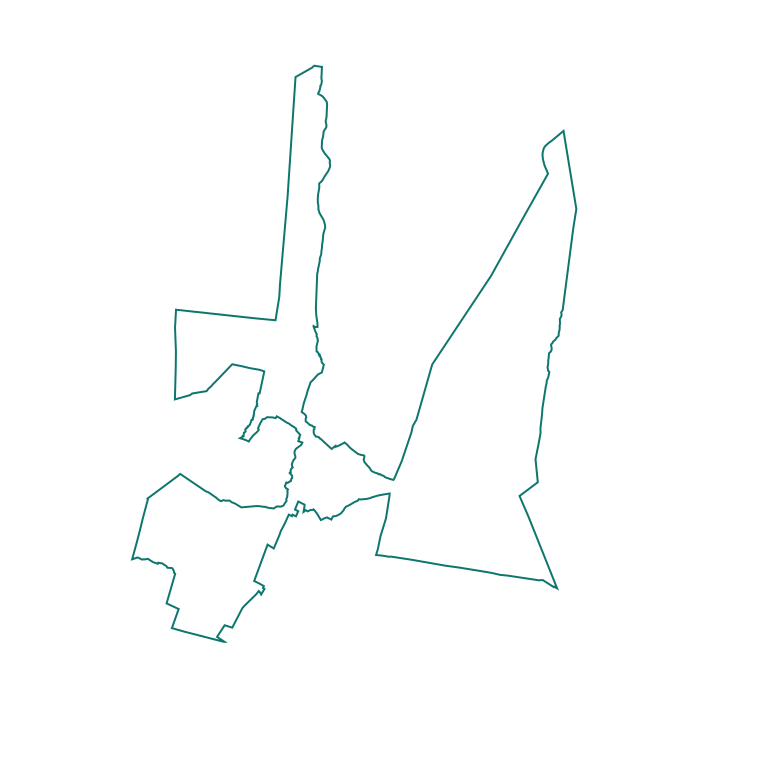 outline of Tianguistenco, México, Mexico, rotated 285°
{"feature_id": "50627088B72172195949550", "entity_name": "Tianguistenco", "entity_type": "district", "adm_level": 2, "iso_a3": "MEX", "parent_name": "Mexico", "parent_adm1": "México", "projection": "robinson", "projection_center": [-99.437, 19.162], "detail": "fine", "context": "isolated", "style": "outline", "palette": "teal", "viewbox_px": 768, "rotation_deg": 285, "n_neighbors": 0, "source": "geoboundaries", "source_scale": "gbopen_adm2", "svg_char_len": 6149}
<svg xmlns="http://www.w3.org/2000/svg" viewBox="0 0 768 768"><g transform="rotate(285 384 384)"><path d="M216.8,420.6L217.9,427.7L218.4,433.4L219.1,435.6L221.4,456.3L224.4,490.3L226.2,504.6L228.9,531.5L229.4,537.3L229.7,545.6L230.9,552.8L234.4,584.0L235.7,588.2L231.8,600.4L232.3,600.6L231.4,604.1L293.1,558.0L310.9,543.9L328.9,558.0L350.6,549.8L366.4,548.8L377.1,547.9L381.7,546.6L395.7,544.5L401.6,543.3L423.9,540.9L426.6,540.9L428.9,540.4L433.5,540.9L438.1,540.6L438.6,540.5L439.1,539.3L442.3,537.7L446.6,537.3L449.4,536.5L451.0,536.4L456.5,535.5L458.6,536.8L460.6,537.0L462.2,536.6L464.9,535.2L466.1,535.4L466.4,535.8L469.0,536.6L471.4,538.2L472.6,538.4L475.6,540.1L476.3,540.1L479.1,539.5L481.4,539.6L484.0,539.1L485.9,538.5L487.7,538.5L492.2,537.0L495.7,537.8L497.2,537.4L499.0,536.6L501.4,537.4L502.0,537.4L583.6,526.5L602.8,524.5L674.9,491.9L662.3,483.0L659.4,480.6L655.2,478.0L654.0,477.6L652.3,477.3L648.7,477.4L646.7,477.7L642.5,479.2L636.8,482.4L629.6,488.0L583.5,476.2L516.1,459.4L415.3,425.5L358.0,424.6L351.0,422.7L344.2,423.0L314.1,421.1L295.1,418.4L293.8,417.9L293.8,413.9L294.0,412.9L294.0,411.1L294.4,408.7L295.1,407.6L295.3,406.4L295.2,405.5L295.5,404.8L295.5,404.3L295.9,403.7L295.4,402.7L295.9,401.9L295.7,401.2L296.0,400.7L296.0,398.0L296.6,395.1L297.4,393.5L298.1,393.1L300.1,390.6L300.4,389.8L303.4,385.5L304.8,384.4L305.7,384.0L308.9,383.9L309.6,383.5L309.8,382.8L309.6,380.3L309.7,377.0L312.9,369.2L313.8,367.4L315.8,364.3L317.3,361.1L315.1,358.9L312.5,356.0L310.9,353.7L311.7,353.2L307.7,350.2L314.6,337.0L314.8,335.8L315.6,335.3L315.9,333.3L315.5,331.9L317.2,329.8L318.7,328.7L321.8,327.9L322.5,328.4L324.5,328.2L324.4,326.6L325.0,325.6L325.2,324.7L325.3,322.7L326.5,320.7L327.7,318.0L330.2,317.3L331.5,317.6L333.3,316.7L334.4,315.1L335.7,311.7L338.2,311.8L344.6,311.5L353.1,312.0L357.7,312.0L366.9,312.7L368.1,313.6L376.1,317.7L379.1,321.0L387.1,320.9L388.3,318.9L389.4,317.9L391.6,317.3L391.6,316.8L392.4,316.6L393.3,316.0L393.6,315.4L394.4,315.2L395.9,314.1L396.0,313.9L395.3,313.7L397.0,312.4L397.7,311.7L397.9,310.5L402.6,309.1L409.1,308.9L409.3,308.6L411.1,307.9L412.7,306.4L414.7,306.2L415.8,305.0L421.2,301.1L421.7,301.0L421.4,302.2L421.3,303.6L421.9,305.0L425.5,304.0L432.3,301.0L439.1,298.7L473.0,291.0L475.6,290.9L479.0,290.4L479.9,290.5L486.2,290.1L488.5,289.5L493.3,289.8L495.3,289.3L499.0,288.9L502.1,288.2L506.2,287.8L512.9,286.6L520.2,286.7L523.4,285.3L527.0,283.0L532.4,277.5L535.7,275.5L539.7,274.3L542.2,273.1L546.7,271.9L549.9,271.3L556.8,270.7L560.9,269.5L564.2,271.6L569.4,273.0L575.1,275.0L578.8,275.6L580.9,275.5L582.2,275.1L583.2,274.4L585.3,274.1L586.3,273.7L587.3,272.8L591.6,266.8L594.8,263.5L596.1,262.7L603.4,261.1L606.5,261.2L612.2,260.4L613.8,260.7L616.8,261.8L619.0,261.5L621.9,260.0L623.6,259.5L625.1,259.6L627.4,259.3L639.7,256.6L641.9,255.5L645.0,251.6L646.1,249.8L647.3,245.2L648.3,245.2L649.5,245.6L651.5,245.8L654.6,245.7L655.3,245.3L656.6,245.9L659.8,245.7L661.3,245.3L662.7,244.5L674.2,242.0L673.4,234.3L670.8,232.5L657.6,219.1L540.4,242.3L453.0,257.8L441.1,260.3L417.5,262.7L414.1,242.6L401.9,163.9L384.2,167.6L361.6,174.6L345.1,178.8L315.0,186.0L323.1,199.6L325.2,201.2L331.2,214.5L334.0,215.6L337.3,217.8L340.1,219.1L342.0,220.3L363.8,232.3L364.4,242.8L364.6,250.1L365.5,260.2L365.2,265.1L342.8,266.3L342.6,265.2L342.0,265.2L333.4,265.8L331.8,266.8L330.8,266.5L330.2,266.6L329.9,267.2L329.0,266.4L324.1,265.6L322.3,266.1L321.5,266.0L320.6,266.4L319.8,266.1L318.9,266.5L317.7,266.1L315.6,266.5L315.3,266.3L315.2,265.4L314.9,265.3L310.4,265.1L308.9,264.5L308.5,263.8L308.2,263.6L307.3,263.7L306.7,262.9L306.1,263.0L305.7,262.4L305.0,262.3L304.5,261.8L304.2,261.7L302.5,262.6L301.6,262.3L300.8,261.3L298.2,261.7L297.2,261.0L296.9,261.6L294.4,259.0L294.2,263.7L293.5,268.4L295.4,268.8L300.4,270.9L304.6,273.7L307.3,274.9L308.6,273.8L313.3,274.5L318.5,275.8L319.6,278.0L321.3,279.3L321.7,279.8L322.9,285.2L323.0,288.2L325.0,288.8L324.2,292.1L321.5,300.2L321.1,302.9L320.5,303.8L319.8,305.8L319.1,308.4L318.0,310.8L316.4,311.2L313.3,316.2L309.6,315.8L309.6,316.3L306.6,316.0L306.3,320.3L304.4,320.0L303.3,319.5L299.0,316.0L297.7,315.4L295.9,315.1L293.8,315.5L291.3,317.0L289.8,317.5L286.7,316.2L282.8,315.7L280.0,316.9L279.8,317.4L277.6,316.2L275.3,316.3L274.6,316.8L273.7,315.9L273.4,316.0L273.2,316.7L271.8,318.8L270.6,319.4L269.2,319.5L268.5,319.0L266.3,319.2L265.9,318.5L264.9,318.0L264.4,317.2L263.7,316.7L263.7,315.5L263.6,315.2L263.3,315.1L263.0,315.5L262.6,315.0L261.1,314.9L259.8,314.6L259.1,315.0L258.5,315.9L257.9,316.4L257.7,317.6L257.3,318.5L255.6,318.3L254.9,318.8L250.2,319.7L247.3,319.4L246.3,320.0L245.6,320.1L243.9,319.3L241.0,318.5L240.0,317.8L238.6,315.5L238.5,314.1L237.8,311.9L235.9,310.3L235.1,309.4L235.0,307.3L234.7,306.6L234.5,304.5L234.6,302.9L234.4,302.2L234.7,301.1L234.3,299.9L233.7,295.2L233.2,292.7L227.9,278.1L230.0,270.9L230.4,267.3L231.3,265.4L231.4,264.9L230.3,261.3L230.3,258.9L229.6,258.2L228.6,256.8L229.3,254.1L230.7,251.5L233.9,242.6L234.3,239.4L244.4,210.4L241.7,208.6L212.1,185.2L211.6,185.8L191.7,185.8L180.2,186.1L167.7,186.2L149.5,186.1L152.7,190.9L151.8,195.9L152.6,197.5L152.7,198.5L154.0,201.2L152.2,206.9L151.8,212.0L152.9,212.1L153.3,216.3L151.6,221.3L150.6,222.0L150.5,222.6L151.3,226.6L151.1,227.4L149.2,229.3L147.4,230.0L146.7,231.4L115.8,230.8L113.5,243.9L93.3,242.3L93.1,255.4L93.5,296.0L93.7,296.7L96.5,288.2L109.7,292.5L109.4,300.5L130.8,305.2L133.3,306.4L148.2,315.2L151.6,316.6L150.6,318.2L148.9,319.8L155.1,321.6L155.6,319.9L157.7,320.3L159.1,314.8L160.1,309.6L198.7,313.1L196.6,320.1L211.1,322.1L215.4,322.4L222.1,324.0L233.2,325.9L232.5,329.2L234.1,329.4L233.4,333.2L238.9,334.1L239.7,330.5L248.3,331.6L246.9,338.5L244.7,338.9L239.6,339.4L240.4,340.1L241.9,340.8L241.2,343.3L242.8,345.0L243.2,345.6L243.9,347.6L244.7,348.4L243.8,349.8L241.5,352.8L236.2,358.3L238.9,361.2L240.4,363.5L239.4,368.2L242.9,369.0L244.2,372.1L247.4,375.6L251.6,377.7L253.5,378.0L255.6,379.0L258.3,382.2L262.4,386.1L264.4,388.8L266.2,389.5L266.3,391.0L268.5,396.9L270.3,400.4L270.9,400.9L274.5,406.7L276.8,411.4L279.7,417.8L277.0,418.3L254.7,420.7L236.2,420.0L222.9,420.8L216.8,420.6Z" fill="none" stroke="#0f766e" stroke-width="2"/></g></svg>